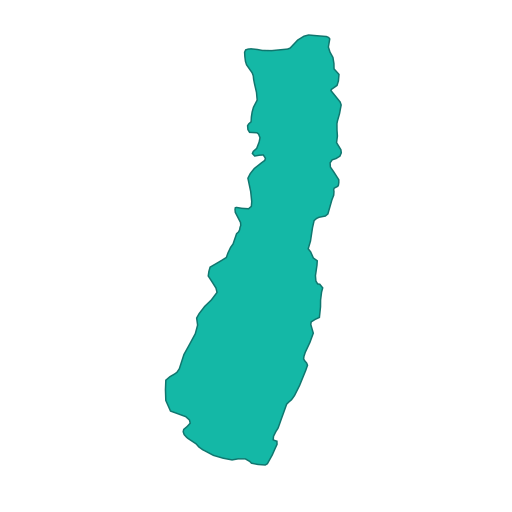 map outline of Nepal (Albers equal-area conic projection), rotated 259°
{"feature_id": "NPL", "entity_name": "Nepal", "entity_type": "country or territory", "adm_level": 0, "iso_a3": "NPL", "parent_name": "Asia", "parent_adm1": "", "projection": "albers", "projection_center": [84.322, 28.374], "detail": "fine", "context": "isolated", "style": "filled", "palette": "teal", "viewbox_px": 512, "rotation_deg": 259, "n_neighbors": 0, "source": "natural_earth", "source_scale": "50m", "svg_char_len": 2564}
<svg xmlns="http://www.w3.org/2000/svg" viewBox="0 0 512 512"><g transform="rotate(259 256 256)"><path d="M458.2,283.7L460.3,285.2L460.6,287.8L460.3,290.7L458.4,296.9L456.6,301.3L454.6,310.5L453.1,326.4L453.6,329.2L460.0,338.1L462.6,345.0L462.9,349.8L460.6,357.8L458.0,367.0L456.6,369.0L455.0,369.8L447.3,366.9L442.1,367.5L436.2,369.4L430.0,369.2L424.8,368.3L418.4,372.1L412.1,370.3L408.0,368.1L405.2,361.9L404.1,361.1L391.1,368.0L388.0,368.4L379.7,365.1L373.0,361.7L370.5,360.7L364.0,359.5L358.2,358.8L351.9,356.7L344.1,359.6L341.0,359.4L338.0,357.4L336.4,353.2L335.9,349.2L333.3,346.5L329.1,346.0L323.4,348.5L315.0,351.8L312.3,351.3L309.8,350.4L308.8,349.5L307.7,345.7L306.3,344.9L304.3,344.8L300.9,343.9L296.6,341.2L283.6,334.6L282.0,331.7L282.0,325.3L281.3,322.6L279.7,319.8L273.1,316.9L260.2,312.3L253.1,308.6L249.7,310.4L243.1,311.9L239.6,315.2L235.4,314.1L225.4,310.6L220.1,310.0L216.8,311.2L216.1,313.2L212.0,315.4L208.1,313.5L200.5,311.0L193.7,309.6L183.6,306.5L182.5,302.0L180.8,297.6L178.4,296.7L169.3,297.5L161.0,292.5L152.1,286.0L148.3,283.9L145.8,283.1L143.7,283.9L141.2,285.3L138.9,285.7L134.1,282.9L128.0,278.9L120.5,274.0L111.7,267.2L108.1,263.4L106.5,260.5L104.7,257.8L97.1,253.3L91.1,249.7L83.8,245.4L82.6,244.6L79.9,242.0L75.7,238.8L72.3,237.8L71.1,239.5L70.2,241.2L67.1,240.7L62.5,237.4L57.6,234.0L53.8,230.8L49.9,227.5L49.1,225.2L51.0,218.1L53.5,212.0L55.5,210.7L58.9,206.8L60.3,199.7L60.4,193.6L63.8,185.1L68.4,176.2L76.1,166.6L79.4,163.5L83.0,161.4L90.0,154.3L91.4,153.2L94.4,151.4L97.4,151.0L99.6,152.0L101.7,155.8L104.4,159.5L107.7,159.4L111.7,156.4L120.1,142.5L131.4,139.9L142.0,141.6L151.3,143.8L154.0,148.6L155.7,153.6L156.9,156.2L159.9,159.2L173.1,166.5L180.7,172.9L191.3,181.6L199.3,185.5L206.4,185.9L210.3,189.2L216.3,196.0L221.3,203.7L227.7,210.8L232.1,210.6L238.1,208.3L245.5,205.3L249.8,206.8L253.8,208.8L255.1,212.5L257.5,219.4L260.2,226.6L264.4,229.1L269.4,232.8L272.2,235.8L281.6,241.2L282.9,243.4L284.8,244.9L287.1,245.8L289.0,246.9L291.9,247.2L302.8,244.0L305.7,244.3L307.3,244.9L307.4,246.1L305.5,251.2L303.8,257.7L305.6,260.9L310.2,262.2L320.3,263.1L333.9,262.9L338.0,266.1L342.2,271.0L346.5,279.3L348.2,282.9L350.2,283.9L353.8,282.4L354.3,278.9L354.4,273.8L357.3,272.0L359.2,273.3L361.5,277.2L367.2,280.8L371.3,282.5L375.2,281.8L376.8,280.4L378.6,273.3L381.6,272.2L385.5,272.6L387.0,274.0L388.7,276.8L393.4,278.0L398.1,279.7L402.5,281.9L408.8,286.9L416.5,287.7L425.3,287.4L430.0,287.4L433.4,287.7L436.5,287.2L445.5,283.2L449.2,282.8L453.8,283.1L458.2,283.7Z" fill="#14b8a6" stroke="#0f766e" stroke-width="1.5"/></g></svg>